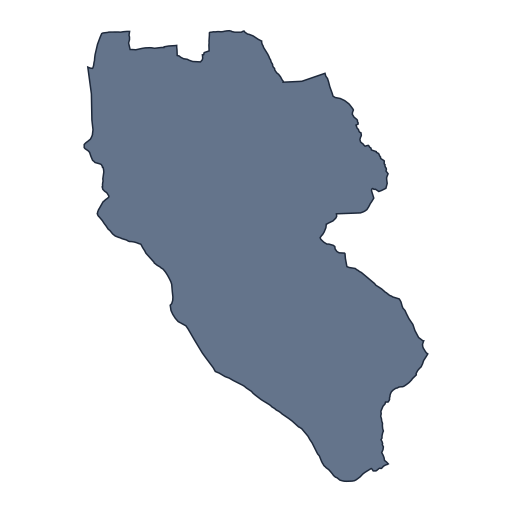 Makete, Njombe, United Republic of Tanzania (Albers equal-area conic projection)
{"feature_id": "72390352B51873582002434", "entity_name": "Makete", "entity_type": "district", "adm_level": 2, "iso_a3": "TZA", "parent_name": "United Republic of Tanzania", "parent_adm1": "Njombe", "projection": "albers", "projection_center": [34.157, -9.274], "detail": "fine", "context": "isolated", "style": "filled", "palette": "slate", "viewbox_px": 512, "rotation_deg": 0, "n_neighbors": 0, "source": "geoboundaries", "source_scale": "gbopen_adm2", "svg_char_len": 5950}
<svg xmlns="http://www.w3.org/2000/svg" viewBox="0 0 512 512"><path d="M225.1,376.6L229.2,378.1L233.1,380.4L242.8,385.3L244.4,386.3L246.4,388.0L251.5,391.4L252.9,393.1L254.9,394.8L261.3,399.7L266.0,402.6L266.5,402.7L266.8,403.1L269.0,404.4L270.7,405.6L271.8,406.8L274.9,408.7L275.6,409.5L277.0,410.4L278.6,411.2L280.6,412.6L282.0,413.9L288.9,418.6L292.2,421.1L298.7,427.0L299.4,427.2L301.7,428.7L308.0,436.2L309.8,439.5L312.1,442.9L316.7,452.1L317.7,454.0L319.3,455.8L321.6,461.5L322.7,463.6L323.2,464.2L323.6,465.1L324.4,466.1L325.2,466.7L326.1,467.7L328.7,469.6L330.5,471.6L332.5,474.0L333.4,475.3L334.2,476.1L335.4,477.1L337.1,477.8L339.9,480.1L342.3,480.8L344.2,481.2L346.6,481.3L349.7,481.2L352.1,481.1L354.4,480.7L356.2,479.8L360.2,476.8L362.7,474.1L364.9,472.4L371.2,468.5L371.8,468.9L372.7,470.1L373.2,470.9L375.7,470.9L376.4,470.7L379.0,468.5L379.5,468.3L379.9,468.2L381.0,468.5L381.6,468.3L383.5,466.2L385.7,464.9L387.0,464.6L388.3,463.9L386.4,461.9L384.5,460.4L384.1,457.9L383.2,455.4L381.7,452.6L383.0,449.7L383.4,446.8L382.3,444.7L382.6,443.4L382.1,441.7L381.0,439.7L382.0,438.1L382.0,435.9L382.7,432.7L383.4,431.0L382.7,428.9L382.4,425.8L382.5,423.3L381.7,421.0L381.5,418.9L380.7,416.2L381.2,413.8L380.9,411.3L383.0,406.2L385.0,404.0L385.5,402.1L388.1,402.0L389.1,400.5L389.6,399.3L389.5,397.9L390.0,396.4L390.0,395.5L390.3,394.2L390.8,393.1L391.0,392.5L391.6,391.6L393.2,390.0L395.4,388.5L396.1,388.2L397.3,388.0L398.8,387.1L400.6,386.8L402.8,386.7L403.5,386.4L404.0,386.2L406.4,384.6L408.9,382.7L409.9,381.7L411.7,379.8L412.3,378.8L416.3,374.9L416.1,373.5L417.7,370.5L419.6,368.3L421.1,366.9L422.6,363.7L423.6,360.6L426.0,356.9L427.8,353.9L426.4,352.9L425.5,351.7L423.9,349.1L423.3,348.1L422.8,346.8L422.5,344.5L423.1,342.5L423.7,340.8L422.9,340.8L418.6,337.5L414.9,330.5L412.9,324.5L408.9,318.6L406.4,313.6L405.0,310.5L402.9,308.1L402.1,306.0L401.0,302.0L400.1,300.3L399.2,298.9L392.6,296.9L391.5,296.1L389.6,295.4L388.9,294.9L388.6,294.4L387.6,293.9L386.6,292.9L385.3,292.2L381.6,288.9L375.8,285.2L374.6,283.6L361.4,272.5L359.6,271.6L357.9,270.3L356.7,269.7L355.3,268.5L349.2,267.5L346.9,266.6L345.4,258.5L345.0,253.7L344.5,253.1L339.1,252.8L336.9,251.5L335.1,248.9L334.8,246.5L333.2,245.3L329.0,244.1L326.9,244.1L323.7,242.1L320.8,239.3L320.1,237.7L321.9,235.1L322.4,234.9L324.2,231.9L325.9,227.7L326.3,224.2L326.6,224.2L328.2,223.2L333.0,220.9L335.8,218.1L336.7,216.2L336.4,213.8L360.4,212.9L363.2,211.9L364.8,211.1L366.9,209.6L368.8,206.6L370.3,203.6L371.7,201.6L373.8,198.1L371.5,190.7L371.7,189.5L372.0,188.9L372.8,188.5L373.9,189.3L375.6,189.3L378.8,191.5L381.5,190.5L385.9,188.3L387.2,183.4L386.7,179.7L386.6,177.8L387.1,176.2L388.1,173.8L386.0,171.0L386.4,169.4L386.2,168.1L385.5,167.5L384.9,165.6L385.0,164.6L384.2,163.9L384.2,162.3L384.3,161.1L384.0,160.6L380.7,158.5L380.5,156.9L380.0,156.5L378.6,153.5L376.4,152.4L376.3,151.6L372.7,150.4L371.4,149.9L370.9,148.0L369.7,147.3L368.9,145.9L368.4,145.4L367.4,145.5L365.1,146.2L363.8,145.0L362.9,143.8L361.7,143.0L360.6,142.0L359.9,139.6L360.5,137.4L361.3,135.7L361.3,134.7L360.9,132.7L359.6,132.2L359.0,131.3L358.4,129.4L357.2,128.3L356.0,125.1L358.1,124.1L358.1,122.7L357.5,121.8L357.4,120.3L357.0,119.6L354.0,117.1L352.3,114.3L352.5,112.4L353.4,110.0L352.8,108.8L349.1,104.0L344.7,100.6L340.3,98.5L335.1,97.5L333.0,96.1L332.2,93.3L329.8,86.7L328.6,82.0L327.5,78.5L325.8,76.2L325.0,73.3L301.8,81.3L283.1,82.2L283.3,81.3L282.3,80.2L280.5,76.8L278.5,74.2L278.1,74.0L277.5,73.4L276.9,73.1L274.8,70.1L274.6,68.6L274.3,68.1L273.6,67.5L273.0,66.6L272.6,65.3L272.6,64.5L272.2,63.7L271.2,62.1L270.5,59.7L269.6,58.4L269.0,56.7L267.7,54.1L263.6,47.5L263.0,45.7L262.3,44.6L261.8,43.0L261.6,41.5L261.7,41.1L258.2,39.3L253.1,35.9L249.0,34.3L247.6,34.1L244.8,32.1L244.7,32.0L244.0,31.0L242.7,31.4L241.3,32.2L234.7,32.2L231.6,31.5L231.2,31.1L229.2,30.7L226.7,30.9L224.2,31.3L223.1,31.6L221.0,31.8L218.7,31.6L217.6,31.6L215.2,31.9L213.5,31.8L211.3,32.2L210.1,32.3L209.6,32.5L209.4,32.8L209.4,35.2L209.0,41.2L209.1,42.6L208.9,45.1L209.1,50.9L204.2,52.6L203.6,54.7L203.0,54.8L202.4,54.8L202.7,58.1L202.3,59.8L200.5,61.9L192.7,61.5L189.0,60.2L187.3,59.3L183.5,58.7L180.6,57.2L179.2,56.0L177.2,55.5L177.0,50.0L176.7,47.0L176.7,45.4L175.1,45.6L168.7,46.0L164.1,46.8L164.0,47.5L161.1,47.5L154.5,48.3L151.7,47.8L149.8,47.7L145.2,47.9L142.0,48.4L135.7,49.8L133.6,49.6L130.1,49.5L128.6,43.0L129.5,39.7L129.5,37.0L129.0,35.2L129.6,31.4L127.2,31.4L123.4,31.7L120.5,32.2L118.2,32.0L108.8,32.1L107.8,32.4L102.9,33.0L101.7,33.6L100.1,37.3L97.5,44.3L95.1,54.6L94.7,57.7L94.5,60.5L94.0,62.6L93.6,65.5L92.9,67.8L92.5,68.4L90.2,68.1L87.8,67.1L91.4,93.9L91.9,120.0L93.0,129.8L92.4,134.6L92.5,134.7L91.5,137.1L90.4,139.2L85.6,143.0L84.2,144.5L84.2,147.6L85.1,148.7L88.3,150.9L89.6,152.4L90.9,156.3L92.6,160.3L94.1,161.5L95.0,162.5L99.6,163.8L100.7,164.2L101.4,164.7L102.2,166.1L102.4,166.9L102.5,166.8L103.0,167.3L103.3,168.2L103.3,168.4L103.6,169.8L103.8,172.0L102.8,179.0L103.0,180.1L103.0,181.8L102.8,182.1L102.5,184.3L102.6,186.2L102.4,186.5L102.5,186.5L102.5,188.0L102.8,189.3L104.7,191.3L106.5,192.5L107.2,193.3L107.6,194.0L108.9,196.1L108.7,197.2L107.1,198.6L105.6,199.6L103.7,201.4L103.3,201.5L102.5,202.8L98.9,209.2L98.7,209.3L97.6,212.2L97.5,214.0L97.4,214.0L97.9,215.3L98.6,216.4L98.8,216.4L102.4,220.7L104.2,223.5L105.9,225.7L108.2,229.2L109.9,230.5L112.6,233.9L115.2,236.0L118.7,237.4L119.9,237.7L122.1,238.7L126.5,240.0L128.1,241.0L129.4,241.5L131.8,241.6L134.2,242.0L136.6,242.7L139.1,243.7L140.7,244.1L141.3,245.0L142.7,247.7L144.7,250.8L145.9,253.2L153.9,262.1L154.4,263.2L154.7,263.3L157.2,265.3L160.0,266.9L161.2,268.0L162.6,268.8L163.3,269.4L165.5,272.1L167.5,275.2L169.5,278.9L170.8,281.6L171.7,284.3L172.3,291.6L172.9,297.0L172.7,300.5L171.7,303.6L170.9,304.6L170.2,305.2L171.0,310.5L172.8,314.4L175.3,318.3L178.2,321.6L185.9,325.8L188.1,329.0L194.3,339.7L202.4,353.1L205.8,357.8L213.2,367.7L215.3,371.5L219.2,373.1L225.1,376.6Z" fill="#64748b" stroke="#1e293b" stroke-width="1.5"/></svg>